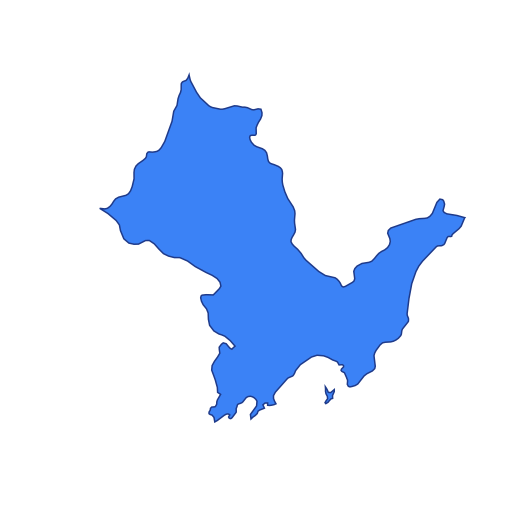 outline of Bío-Bío, rotated 217°
{"feature_id": "CHL-2702", "entity_name": "Bío-Bío", "entity_type": "Region", "adm_level": 1, "iso_a3": "CHL", "parent_name": "Chile", "parent_adm1": "", "projection": "mercator", "projection_center": [-72.611, -37.461], "detail": "fine", "context": "isolated", "style": "filled", "palette": "blue", "viewbox_px": 512, "rotation_deg": 217, "n_neighbors": 0, "source": "natural_earth", "source_scale": "10m", "svg_char_len": 4951}
<svg xmlns="http://www.w3.org/2000/svg" viewBox="0 0 512 512"><g transform="rotate(217 256 256)"><path d="M409.5,200.0L405.1,202.6L403.4,204.6L402.4,207.9L402.3,211.1L402.6,214.1L402.5,217.1L401.1,220.3L396.3,226.3L395.3,229.0L395.4,232.5L396.6,236.8L399.8,244.2L403.7,249.3L405.3,252.1L406.0,255.7L405.6,258.8L403.7,264.6L403.1,267.6L403.3,269.3L404.8,272.0L404.8,273.8L404.1,274.8L401.2,276.6L399.3,278.5L397.9,280.2L397.1,282.4L396.9,285.6L397.8,292.6L404.1,313.0L408.8,322.1L409.7,328.7L412.9,334.7L414.0,337.9L414.7,341.1L415.8,343.7L419.1,348.2L419.5,349.0L419.5,349.9L419.5,350.7L419.1,351.6L417.5,354.2L417.5,357.0L418.4,360.3L418.3,360.2L414.6,357.1L413.2,356.2L402.1,351.0L395.7,348.8L384.2,347.6L382.2,347.8L380.2,348.3L372.8,351.8L371.1,353.1L369.6,354.8L363.7,362.9L361.3,364.5L356.4,366.7L354.4,368.2L352.1,369.3L347.4,370.4L345.7,371.4L342.9,374.8L340.4,376.2L337.4,374.0L335.8,371.7L334.8,368.1L334.5,364.3L333.9,361.3L333.1,358.5L329.4,353.8L329.2,352.6L329.5,351.8L331.7,350.2L332.8,349.1L333.0,348.1L332.4,346.8L330.8,345.4L328.2,344.1L324.2,343.3L321.2,343.7L315.5,345.5L312.5,345.7L309.7,344.8L307.1,342.7L304.9,340.5L302.9,339.0L300.8,338.6L299.3,338.9L296.4,339.9L292.1,341.0L289.6,341.1L287.5,340.6L285.9,339.4L284.5,338.0L281.3,333.0L279.4,330.8L277.4,328.9L271.7,324.7L265.2,321.0L255.9,317.6L252.3,315.4L250.3,313.2L246.9,307.8L245.0,305.5L240.4,300.9L239.2,298.5L238.7,295.4L238.4,292.6L237.8,290.3L236.7,288.5L234.4,287.4L231.6,286.8L226.8,286.4L221.5,285.2L216.8,283.4L213.6,282.7L196.5,281.4L188.9,282.1L179.7,286.2L177.4,286.3L174.6,285.8L172.3,285.0L170.5,284.0L168.9,283.5L167.6,283.8L166.4,285.4L163.1,293.0L162.7,295.1L163.5,297.3L168.7,302.6L169.5,305.5L169.2,308.8L166.9,313.8L161.9,319.0L160.4,321.5L159.9,325.3L159.8,328.8L159.5,332.0L158.5,335.1L156.9,338.3L156.0,341.9L156.2,345.4L157.5,348.4L159.5,350.4L164.5,353.4L165.7,356.0L165.2,359.4L150.5,381.4L147.9,384.2L143.9,387.6L142.1,389.5L141.0,392.4L140.8,396.2L143.8,407.7L143.4,412.1L140.8,413.3L139.1,412.8L136.6,410.9L135.5,408.7L133.9,404.7L131.9,404.0L129.0,404.5L119.9,409.3L112.5,412.2L112.3,412.3L112.3,411.9L110.1,403.3L110.3,400.0L112.0,392.6L112.2,391.0L111.6,389.5L112.3,388.6L113.5,387.9L114.3,387.1L114.4,385.6L112.8,379.4L112.9,378.0L113.9,376.0L114.8,375.2L116.0,374.3L117.1,373.2L117.6,371.8L119.9,352.2L119.9,345.9L118.9,339.8L115.0,327.7L108.3,314.2L100.5,300.7L99.3,299.5L96.8,298.0L95.9,297.0L95.0,295.6L94.9,294.6L95.1,285.9L94.7,284.3L92.9,281.1L92.5,279.6L92.8,276.0L93.7,273.1L95.0,270.6L96.7,268.5L100.8,265.0L102.7,262.8L103.4,259.6L103.3,252.8L102.8,249.9L101.8,247.4L94.4,239.7L93.4,237.5L93.9,234.2L96.6,228.7L97.5,225.3L97.7,215.0L98.8,212.3L100.7,209.7L102.2,208.0L103.8,207.5L105.9,208.5L107.3,210.8L108.4,212.2L109.7,212.8L110.1,213.2L115.1,216.0L118.1,215.5L119.3,215.9L119.7,217.2L119.5,218.7L119.3,220.1L120.2,221.2L121.6,221.2L124.1,219.0L127.2,220.4L129.0,220.1L132.2,219.1L137.3,218.4L141.9,217.0L147.5,213.5L150.9,208.7L155.2,195.9L155.4,188.3L154.7,185.8L154.5,184.4L154.4,182.8L154.7,181.9L156.9,178.1L157.2,176.6L158.6,158.9L158.0,155.0L156.2,152.7L153.8,151.2L151.1,150.0L152.1,148.2L153.6,146.4L155.2,144.8L156.9,143.8L158.2,145.6L160.3,144.0L160.9,141.3L157.7,139.5L160.4,135.1L161.0,133.2L160.2,130.9L160.6,128.2L161.5,125.5L161.9,122.8L165.1,126.1L165.3,136.6L167.8,140.6L169.7,141.4L172.0,141.7L174.2,141.4L176.1,140.6L177.8,138.9L178.6,137.0L178.7,131.8L178.9,130.6L179.5,129.4L180.2,128.3L180.8,127.6L181.3,126.4L181.1,125.4L180.6,124.4L180.0,122.2L178.2,119.9L177.8,119.2L177.8,112.5L178.1,111.3L178.7,110.6L179.9,110.4L181.0,110.9L181.2,112.0L181.2,113.0L181.6,113.5L183.4,113.0L184.6,111.7L185.5,109.7L187.9,101.3L189.1,98.7L192.4,101.8L195.3,102.5L197.4,101.8L198.6,101.8L199.2,102.5L199.7,103.6L199.7,105.1L200.7,107.0L200.4,108.8L199.4,109.6L198.0,110.9L197.9,112.1L198.2,114.0L199.5,115.9L200.2,117.8L201.0,124.2L204.6,124.0L207.8,127.8L210.8,130.1L213.9,132.5L217.7,135.0L222.7,138.2L225.1,142.1L225.8,146.9L225.9,152.2L226.4,156.6L229.0,159.2L230.5,161.0L230.5,164.7L229.9,166.9L227.0,168.0L223.4,167.1L221.2,166.7L219.2,167.0L219.0,168.8L218.5,171.4L220.9,171.9L225.6,172.9L232.6,173.2L235.9,172.4L238.7,171.4L244.5,170.8L251.3,172.7L255.9,176.8L259.9,181.7L263.7,184.0L268.9,185.3L272.4,187.1L275.0,189.3L275.8,191.1L275.5,192.3L272.5,195.1L266.7,199.2L265.6,207.9L265.9,210.8L268.9,213.4L273.5,214.6L279.4,214.2L286.0,212.8L298.2,211.0L307.7,210.8L315.8,208.9L320.3,205.6L325.8,203.3L331.3,202.2L337.7,203.1L344.5,204.5L350.5,204.2L353.5,201.9L357.0,194.8L360.5,192.0L365.3,189.8L371.9,190.2L379.5,194.7L383.8,198.6L389.0,200.2L394.2,200.5L399.8,200.8L409.5,200.0ZM110.4,182.6L111.4,180.1L112.6,180.4L112.9,182.6L112.9,185.1L114.6,186.9L117.2,188.1L119.1,189.8L120.4,191.6L121.9,193.3L119.9,192.6L118.2,191.8L116.2,190.6L114.1,191.9L113.4,195.1L113.1,196.4L111.9,194.8L110.9,190.6L109.1,188.4L110.1,187.1L110.4,184.3L110.4,182.6Z" fill="#3b82f6" stroke="#1e3a8a" stroke-width="1.5"/></g></svg>